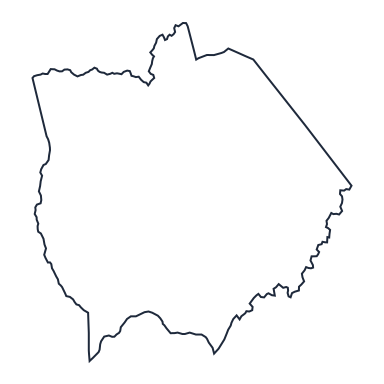 Cabrobó, Pernambuco, Brazil
{"feature_id": "56859067B41088445871412", "entity_name": "Cabrobó", "entity_type": "district", "adm_level": 2, "iso_a3": "BRA", "parent_name": "Brazil", "parent_adm1": "Pernambuco", "projection": "equal_earth", "projection_center": [-39.345, -8.388], "detail": "fine", "context": "isolated", "style": "outline", "palette": "slate", "viewbox_px": 384, "rotation_deg": 0, "n_neighbors": 0, "source": "geoboundaries", "source_scale": "gbopen_adm2", "svg_char_len": 3389}
<svg xmlns="http://www.w3.org/2000/svg" viewBox="0 0 384 384"><path d="M351.5,185.7L305.1,125.2L271.7,82.9L266.4,76.2L253.3,59.5L245.4,56.1L238.7,53.1L228.3,48.5L224.0,52.0L221.4,53.0L213.9,55.1L206.9,55.0L198.5,58.2L196.2,59.6L194.7,53.5L193.8,49.9L187.7,26.3L186.1,23.1L182.9,23.0L180.5,24.8L178.5,26.3L175.6,25.2L174.2,28.1L175.1,32.0L173.6,34.2L171.6,35.8L169.6,34.7L167.9,36.4L167.0,39.1L165.0,40.0L164.0,37.4L162.5,34.7L159.7,35.9L156.9,39.1L156.1,42.7L154.4,45.9L153.8,48.4L152.2,50.4L150.3,52.4L152.0,54.6L154.0,56.4L152.9,58.3L152.2,61.1L151.8,64.1L150.2,67.8L148.8,71.3L150.8,73.9L153.3,74.9L154.2,78.0L152.1,79.9L150.5,81.5L149.5,83.7L148.2,85.4L146.4,82.7L143.7,82.1L141.1,79.8L138.7,76.7L135.9,77.1L133.6,76.3L131.5,75.8L130.7,73.4L129.8,71.1L127.2,70.6L123.7,71.9L121.5,74.2L119.1,73.7L117.0,73.3L114.2,73.8L112.3,72.8L110.3,73.8L107.1,74.6L104.1,72.8L101.5,72.5L99.6,71.9L97.9,70.6L96.9,68.7L94.4,67.7L92.0,69.6L90.2,70.2L88.5,71.9L85.7,72.8L83.2,74.7L81.0,75.0L79.2,75.7L77.5,76.4L74.0,74.6L71.2,72.2L70.2,70.2L67.5,69.4L64.4,69.6L62.1,71.3L59.6,71.4L57.1,70.6L54.6,69.3L50.7,69.1L49.2,71.5L47.6,74.0L45.1,74.0L42.7,73.5L40.6,74.6L37.2,75.2L34.0,76.2L32.5,78.0L46.6,136.3L48.1,139.2L49.2,142.8L49.9,147.6L50.0,150.2L49.1,155.3L48.6,160.0L45.8,164.0L43.5,165.0L41.2,169.2L40.3,172.5L42.1,175.7L40.7,181.2L40.1,186.1L38.9,191.4L40.9,195.5L41.3,200.1L40.6,203.3L36.9,204.6L35.3,207.4L35.6,210.1L34.7,214.0L36.6,217.2L36.7,219.7L38.3,223.7L37.6,226.0L37.7,229.1L38.2,231.7L40.9,233.5L43.5,238.8L44.5,244.5L46.0,248.4L44.9,252.3L44.2,254.8L45.5,257.9L47.9,262.5L50.0,262.4L51.3,264.1L52.0,268.3L53.5,270.8L56.2,276.4L57.9,279.3L58.8,283.7L60.8,285.5L62.1,287.1L65.1,293.3L66.3,296.1L69.9,296.9L73.1,299.4L74.6,302.0L76.4,304.4L79.1,305.2L80.9,307.4L83.8,310.2L88.1,312.7L88.8,333.0L88.8,345.1L88.8,350.5L89.0,353.7L89.6,361.0L92.8,358.0L98.6,352.1L99.6,349.7L100.2,344.2L101.1,341.3L104.2,336.6L108.9,335.5L112.1,336.8L114.4,336.7L116.5,334.5L119.1,332.8L120.2,331.0L120.8,327.2L124.6,322.5L127.0,319.0L130.9,316.3L136.0,316.3L144.5,312.2L148.5,311.5L152.2,312.7L157.9,315.7L160.3,318.3L162.5,321.6L162.8,323.9L164.4,325.3L166.5,328.3L170.6,333.2L174.6,333.1L177.6,332.6L182.4,334.0L184.9,334.0L189.7,332.6L195.8,334.5L201.5,334.5L205.7,337.1L207.0,338.8L208.8,342.6L212.6,347.8L214.1,353.6L218.6,348.7L224.3,339.5L226.7,333.6L228.2,329.7L230.7,325.6L231.5,322.7L233.3,319.0L236.6,315.4L239.6,319.4L241.4,316.2L243.7,314.5L245.3,313.2L246.4,311.2L249.3,311.5L252.2,310.2L252.6,306.9L249.7,303.6L253.8,298.0L256.5,295.3L258.4,293.9L260.9,297.0L264.1,297.4L266.8,294.1L268.5,293.3L271.9,295.2L274.8,295.6L273.6,288.8L276.1,287.2L278.7,284.1L283.2,287.8L286.2,287.0L287.8,287.7L288.1,290.4L287.6,292.9L288.6,296.4L290.6,297.3L292.0,293.1L294.8,291.7L298.9,290.5L299.0,286.7L301.3,284.6L304.1,281.4L302.5,277.3L301.9,273.7L304.6,270.3L306.1,267.1L308.5,268.0L311.0,268.3L313.1,267.6L312.9,265.1L310.5,260.5L311.6,256.3L314.7,256.3L316.7,256.2L318.1,254.3L319.1,252.0L316.7,249.5L318.3,245.0L321.6,244.2L322.5,241.8L325.1,242.3L327.1,242.4L327.4,237.1L329.2,237.5L329.5,233.9L330.1,229.9L328.1,228.1L326.0,227.1L327.0,224.1L326.5,220.8L328.7,218.0L331.3,213.0L333.3,214.1L336.4,213.8L339.1,214.5L342.1,211.0L340.3,206.7L342.0,203.0L342.5,199.5L342.0,196.3L340.0,194.0L340.3,190.3L344.1,190.6L346.2,189.1L349.3,189.6L351.5,185.7Z" fill="none" stroke="#1e293b" stroke-width="2"/></svg>